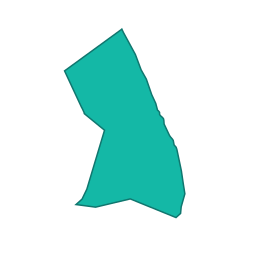 outline of Shabeellaha Dhexe, rotated 291°
{"feature_id": "SOM-2410", "entity_name": "Shabeellaha Dhexe", "entity_type": "Region", "adm_level": 1, "iso_a3": "SOM", "parent_name": "Somalia", "parent_adm1": "", "projection": "albers", "projection_center": [46.104, 3.02], "detail": "fine", "context": "isolated", "style": "filled", "palette": "teal", "viewbox_px": 256, "rotation_deg": 291, "n_neighbors": 0, "source": "natural_earth", "source_scale": "10m", "svg_char_len": 691}
<svg xmlns="http://www.w3.org/2000/svg" viewBox="0 0 256 256"><g transform="rotate(291 128 128)"><path d="M218.1,86.8L215.6,89.4L199.3,108.5L187.0,119.4L180.2,127.6L167.6,138.2L160.9,145.1L155.2,149.2L155.0,150.0L154.5,150.9L154.0,151.7L153.6,152.0L152.0,152.6L151.1,154.0L150.4,155.9L149.5,157.7L148.2,158.6L144.6,160.3L136.0,169.3L135.0,170.7L133.5,173.5L132.6,174.7L128.7,177.1L127.3,179.8L125.5,181.3L107.1,193.2L96.6,199.1L86.9,204.7L86.7,204.7L73.5,205.9L67.1,207.7L61.6,204.9L62.6,155.5L42.5,126.1L37.9,106.9L45.2,110.6L56.2,111.5L117.5,106.9L125.7,82.2L125.9,82.3L130.2,77.9L130.3,77.6L158.6,48.3L217.7,86.6L218.1,86.8Z" fill="#14b8a6" stroke="#0f766e" stroke-width="1.5"/></g></svg>